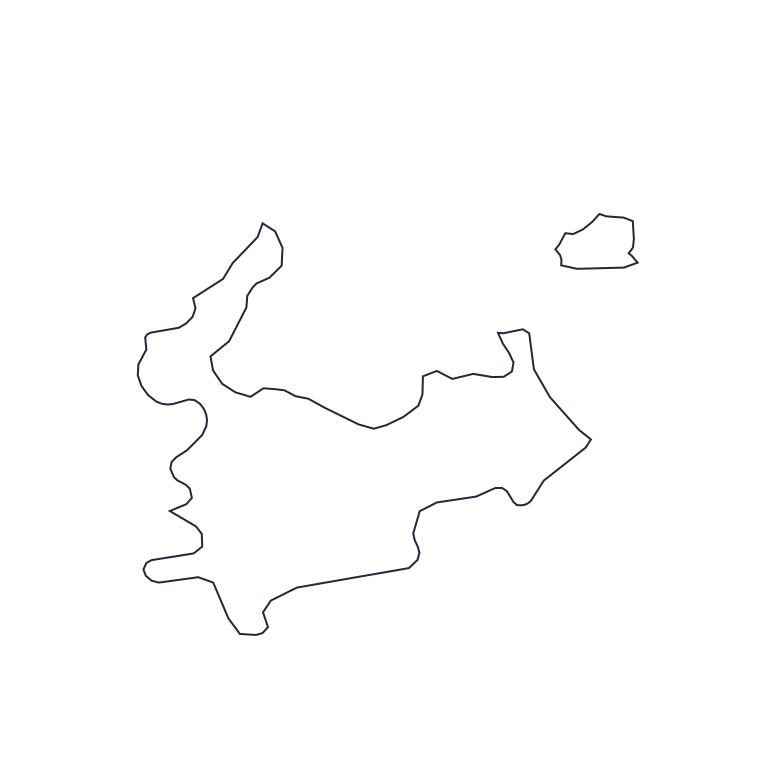 an SVG outline of Napoli, rotated 160°
{"feature_id": "ITA-5397", "entity_name": "Napoli", "entity_type": "Province", "adm_level": 1, "iso_a3": "ITA", "parent_name": "Italy", "parent_adm1": "", "projection": "robinson", "projection_center": [14.319, 40.794], "detail": "fine", "context": "isolated", "style": "outline", "palette": "slate", "viewbox_px": 768, "rotation_deg": 160, "n_neighbors": 0, "source": "natural_earth", "source_scale": "10m", "svg_char_len": 1917}
<svg xmlns="http://www.w3.org/2000/svg" viewBox="0 0 768 768"><g transform="rotate(160 384 384)"><path d="M534.1,530.0L499.3,537.8L484.8,549.4L452.5,565.3L443.1,576.5L434.1,564.6L432.8,546.6L439.7,530.2L455.2,523.1L469.4,522.1L474.8,519.4L482.4,513.5L487.1,503.0L514.9,477.2L537.6,469.3L540.0,455.2L536.0,439.5L526.5,427.0L513.8,417.6L498.7,421.2L487.5,416.1L479.7,412.1L471.3,402.8L460.1,396.0L447.5,381.6L421.7,354.7L408.9,345.5L395.9,344.5L376.6,346.5L359.1,351.9L351.4,361.1L344.8,377.9L329.8,378.2L318.1,365.4L296.7,363.0L279.9,353.5L269.0,349.8L259.5,352.0L255.0,359.8L255.8,370.0L258.5,381.4L259.4,393.1L254.3,390.8L234.8,387.9L230.2,382.0L238.1,346.6L232.6,315.0L216.4,274.0L208.5,261.1L216.2,255.3L266.9,238.6L286.1,223.8L289.7,222.6L293.3,222.4L297.0,223.2L300.4,224.7L302.6,228.5L305.2,241.3L308.7,246.0L315.1,248.2L335.8,246.7L374.9,254.6L393.9,252.3L407.7,233.5L408.6,226.3L407.9,219.7L408.4,213.4L412.7,207.2L423.5,202.5L535.5,222.5L564.4,219.2L575.8,210.8L576.2,195.2L583.3,191.5L590.0,191.9L604.9,198.4L610.4,217.1L612.4,255.8L624.7,266.0L663.5,274.4L669.6,278.6L673.4,285.2L673.5,292.0L668.5,297.1L662.7,298.0L620.8,289.9L610.4,293.4L606.5,305.5L609.4,314.5L628.7,337.9L610.8,338.7L603.5,342.7L602.3,352.2L604.5,356.8L611.1,364.1L613.3,368.4L613.7,377.7L610.3,383.3L604.4,386.2L591.5,389.2L572.2,398.3L565.4,405.2L562.7,410.4L561.5,416.3L561.8,422.4L563.6,428.2L567.6,433.7L572.7,436.2L589.6,437.4L594.8,438.9L599.6,441.5L603.9,445.3L609.5,454.3L612.6,465.2L612.4,476.4L608.1,486.4L595.5,497.7L592.5,509.4L589.4,511.7L585.3,512.0L557.5,507.0L549.1,508.6L540.9,512.6L535.2,519.6L534.1,530.0ZM162.0,463.7L155.0,460.2L144.4,461.2L132.9,465.1L123.4,470.1L117.7,465.5L101.9,458.4L94.5,451.9L99.5,435.1L103.3,427.1L109.4,423.1L107.3,419.7L104.2,411.3L118.6,411.3L163.2,426.2L176.9,434.9L174.7,440.2L174.5,445.2L176.9,451.9L171.9,454.9L162.0,463.7Z" fill="none" stroke="#1e293b" stroke-width="2"/></g></svg>